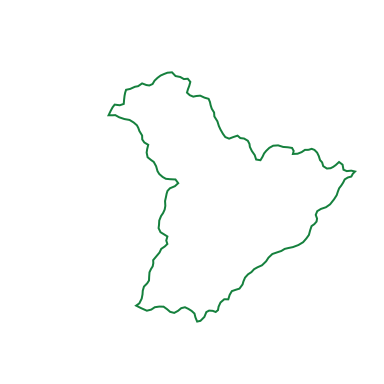 Mendes Pimentel, Minas Gerais, Brazil (Mercator projection), rotated 311°
{"feature_id": "56859067B15829263431037", "entity_name": "Mendes Pimentel", "entity_type": "district", "adm_level": 2, "iso_a3": "BRA", "parent_name": "Brazil", "parent_adm1": "Minas Gerais", "projection": "mercator", "projection_center": [-41.353, -18.606], "detail": "fine", "context": "isolated", "style": "outline", "palette": "green", "viewbox_px": 384, "rotation_deg": 311, "n_neighbors": 0, "source": "geoboundaries", "source_scale": "gbopen_adm2", "svg_char_len": 2828}
<svg xmlns="http://www.w3.org/2000/svg" viewBox="0 0 384 384"><g transform="rotate(311 192 192)"><path d="M314.4,301.6L312.6,298.2L309.3,295.1L308.2,291.7L311.4,287.7L311.1,283.3L306.6,282.8L303.6,282.1L300.9,281.0L298.2,278.4L297.6,274.1L299.7,270.8L300.1,267.7L302.3,264.1L303.8,260.6L304.1,256.8L303.1,254.0L300.3,252.3L297.9,249.6L294.1,248.6L290.2,246.6L286.9,243.2L289.7,241.8L290.9,238.6L288.7,235.1L285.8,231.2L283.7,226.4L280.2,222.9L276.1,221.4L271.7,221.0L268.4,221.1L264.9,222.1L260.9,222.8L258.6,219.1L261.0,215.1L262.2,210.3L264.0,206.1L266.0,203.8L267.3,200.5L266.5,196.2L264.4,193.1L264.4,189.4L260.7,187.2L256.6,185.0L255.3,181.1L256.2,177.2L257.8,172.6L259.4,169.0L262.0,164.8L263.7,159.3L266.5,156.5L267.8,152.3L269.8,149.0L271.7,146.5L273.2,143.4L271.4,139.5L270.1,135.0L267.3,132.3L264.8,130.4L263.6,126.8L263.7,123.0L267.0,121.5L270.3,120.3L274.0,118.5L274.7,114.5L271.9,111.8L271.1,107.7L268.7,103.5L269.2,98.4L265.9,95.2L262.7,93.5L259.3,91.9L255.6,91.1L251.5,90.7L247.6,91.4L244.4,89.9L242.8,87.4L241.2,83.1L236.5,81.9L234.0,79.9L229.2,77.7L225.9,75.2L223.1,76.4L220.3,78.0L217.1,80.2L213.7,82.7L210.1,80.6L207.2,76.3L203.8,76.5L199.9,77.4L195.2,78.7L197.4,81.3L199.7,83.7L200.6,88.0L202.7,93.1L205.4,97.6L206.2,102.4L206.2,106.7L205.1,109.5L203.5,112.3L201.9,117.3L199.0,120.0L198.1,123.5L198.9,128.0L195.0,130.0L192.0,131.9L189.1,135.7L189.3,140.3L189.6,143.4L187.9,148.0L185.1,152.3L184.1,155.5L184.1,160.0L184.8,163.6L187.3,167.1L190.6,171.3L189.6,175.8L185.2,175.3L180.3,172.9L176.7,172.8L174.0,174.0L171.2,175.6L167.5,177.6L164.0,181.0L160.8,182.9L157.1,184.0L153.6,184.4L149.0,186.0L145.5,188.7L142.8,190.5L141.0,194.6L141.7,198.8L142.3,202.6L138.5,204.4L136.6,207.5L133.1,207.2L128.9,206.1L125.0,207.2L119.6,207.3L115.1,207.4L112.9,209.5L110.1,211.1L106.9,211.6L103.5,212.6L99.9,215.3L97.0,217.6L93.7,218.1L89.1,217.8L85.2,219.6L82.3,221.8L78.5,224.0L73.4,225.3L69.6,224.4L70.9,229.6L72.8,235.8L76.5,238.4L80.6,239.5L84.1,242.5L86.8,245.8L87.2,250.1L87.2,254.1L89.1,257.9L93.1,259.4L97.3,260.1L100.4,262.3L101.4,265.9L102.0,269.7L101.9,273.6L99.6,276.9L97.6,280.9L100.3,282.9L105.8,283.3L110.8,281.6L113.7,282.7L115.9,285.6L117.0,288.6L119.9,289.1L122.9,287.3L127.3,286.0L132.2,286.7L134.8,289.8L139.1,287.9L143.3,287.1L146.8,289.1L150.2,291.2L155.4,290.8L158.2,289.5L162.2,288.2L166.7,288.3L170.5,289.4L174.5,289.5L178.1,290.8L182.6,292.9L188.3,293.4L192.6,292.8L197.9,293.3L202.4,295.9L206.1,298.1L209.9,299.3L213.1,301.6L216.6,304.3L221.8,307.1L227.0,308.8L232.0,308.8L236.3,308.4L240.6,306.3L244.7,304.6L248.0,305.4L251.4,305.4L254.0,303.8L255.9,300.4L259.7,299.1L263.8,300.4L268.4,303.1L273.3,304.3L279.6,304.0L284.5,303.3L288.3,301.7L291.4,300.6L294.8,300.4L298.3,299.9L301.7,299.0L305.2,300.1L308.2,302.1L311.3,301.4L314.4,301.6Z" fill="none" stroke="#15803d" stroke-width="2"/></g></svg>